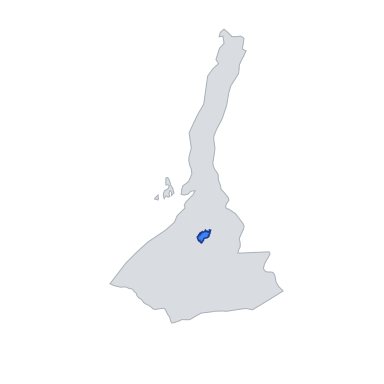 location of Logo Anseba, Gash Barka, Eritrea, rotated 244°
{"feature_id": "51966322B13118315425041", "entity_name": "Logo Anseba", "entity_type": "district", "adm_level": 2, "iso_a3": "ERI", "parent_name": "Eritrea", "parent_adm1": "Gash Barka", "projection": "orthographic", "projection_center": [38.674, 15.401], "detail": "fine", "context": "in_parent", "style": "filled", "palette": "blue", "viewbox_px": 384, "rotation_deg": 244, "n_neighbors": 0, "source": "geoboundaries", "source_scale": "gbopen_adm2", "svg_char_len": 5341}
<svg xmlns="http://www.w3.org/2000/svg" viewBox="0 0 384 384"><g transform="rotate(244 192 192)"><path d="M63.1,230.4L61.9,218.7L61.1,210.8L60.3,202.5L59.6,194.7L63.4,189.9L65.1,185.4L69.7,170.6L71.5,167.6L75.1,159.7L75.6,157.4L79.1,147.4L78.9,140.8L78.2,134.0L80.1,130.1L81.8,126.9L81.7,124.2L82.6,117.9L83.1,116.4L85.1,116.3L89.3,117.1L92.4,116.5L96.0,116.5L98.8,116.4L100.4,114.5L102.7,107.2L104.1,105.7L105.3,105.3L108.4,103.9L111.1,101.8L113.3,100.3L114.1,100.0L116.4,99.8L118.8,98.9L119.8,97.9L122.8,97.1L125.6,97.5L127.5,96.6L128.8,96.1L130.3,96.0L131.6,95.2L132.2,93.9L133.0,93.1L135.3,91.2L136.3,89.8L136.8,88.4L137.2,87.3L138.2,85.5L142.1,80.8L145.5,78.1L157.2,101.6L162.0,115.5L166.3,130.0L169.4,151.8L172.5,162.9L177.3,168.4L180.7,178.8L183.5,179.2L185.6,182.0L189.1,191.7L191.7,195.3L193.0,192.2L192.9,190.4L191.8,187.4L192.7,183.5L194.7,181.2L199.2,184.3L201.7,186.7L202.4,191.5L203.4,194.1L208.2,199.7L212.2,201.3L217.4,201.7L221.7,202.9L225.2,204.9L231.7,210.6L246.6,215.4L258.8,230.6L265.9,241.1L289.3,256.9L293.5,264.6L295.7,272.1L300.6,271.6L309.1,279.7L311.6,286.0L318.5,288.1L319.6,284.4L323.0,287.4L324.4,292.1L320.1,294.0L315.2,295.8L314.5,295.7L313.0,298.0L310.8,304.0L308.3,305.7L306.9,305.9L299.3,300.5L298.1,300.2L296.5,301.3L295.3,302.5L291.7,298.3L289.1,294.6L285.4,290.2L281.9,288.3L278.1,285.8L274.4,280.0L270.6,273.6L265.0,268.5L254.5,261.0L244.9,251.5L237.5,241.5L232.8,236.3L230.8,235.0L221.1,231.8L214.3,227.2L209.0,223.5L205.8,222.5L202.7,222.4L196.2,223.2L190.7,220.8L188.4,220.8L184.7,220.2L181.8,219.3L178.4,220.4L171.5,222.1L168.6,221.7L167.1,219.4L166.2,217.5L163.8,215.7L161.8,215.7L160.7,217.4L153.4,221.6L141.3,224.0L138.4,223.8L136.2,222.1L130.1,214.8L128.4,213.6L127.0,213.5L124.2,212.6L121.5,211.2L119.2,208.2L116.9,206.5L114.3,212.3L109.9,222.6L107.5,228.0L104.4,235.1L103.4,235.3L101.9,234.8L95.8,225.9L92.1,222.6L89.2,222.9L87.1,224.5L85.8,227.4L84.4,229.3L82.8,229.9L79.5,229.6L74.4,228.1L69.2,228.4L63.8,230.3L63.1,230.4ZM205.5,172.0L207.2,174.1L208.3,173.9L209.2,173.2L209.8,171.6L216.0,174.6L215.7,176.6L212.0,176.8L207.7,175.9L203.8,176.3L199.0,175.4L197.9,172.0L200.9,173.6L202.5,173.2L202.8,172.8L200.6,170.5L197.6,170.0L197.8,168.2L199.2,167.5L200.0,166.6L198.2,164.1L201.6,164.7L203.7,166.2L205.2,167.9L205.5,172.0ZM202.9,156.2L204.2,160.2L200.4,158.7L199.7,157.9L201.4,156.3L201.8,155.3L202.9,156.2Z" fill="#d9dde1" stroke="#a8b0b8" stroke-width="1"/><path d="M148.4,176.6L148.2,176.7L148.0,176.8L147.9,176.8L147.7,176.8L147.3,176.8L146.9,176.8L146.8,176.7L146.6,176.6L146.4,176.6L146.2,176.6L145.5,176.6L145.0,176.7L144.9,176.8L144.9,177.0L145.0,177.3L145.1,177.5L144.9,177.7L144.9,177.8L144.7,177.7L144.1,177.5L143.9,177.5L143.7,177.5L143.4,177.5L143.2,177.6L143.0,177.8L142.9,177.8L142.7,177.8L142.3,177.9L142.2,178.0L142.0,178.3L142.0,178.5L142.2,178.8L142.3,178.9L142.6,178.9L142.7,179.0L142.8,179.1L143.0,179.2L143.0,179.3L143.1,179.5L143.1,179.9L143.1,180.1L143.2,180.3L143.2,180.5L143.3,180.7L143.3,180.8L143.4,181.0L143.7,181.2L143.8,181.3L144.0,181.3L144.2,181.5L144.5,181.8L144.7,182.0L144.8,182.2L144.8,182.3L144.9,182.5L144.9,182.9L144.9,183.1L144.9,183.5L144.7,183.9L144.7,184.0L144.6,184.3L144.6,184.5L144.5,184.8L144.4,185.0L144.4,185.3L144.3,185.5L144.3,185.8L144.3,186.0L144.4,186.3L144.4,186.5L144.5,186.5L144.7,187.0L144.8,187.1L144.9,187.3L144.8,187.5L144.7,187.5L144.7,187.4L144.7,187.5L144.8,187.7L145.0,187.8L145.1,187.7L145.3,187.7L145.3,187.8L145.3,187.7L145.5,187.7L145.6,187.8L145.8,187.9L145.9,188.0L146.0,188.2L145.9,188.3L145.8,188.5L145.9,188.8L146.0,188.8L146.3,189.0L146.5,189.2L146.7,189.4L146.9,189.7L147.0,189.7L147.2,190.0L147.3,190.2L147.4,190.3L147.5,190.4L148.0,190.6L148.3,190.8L148.5,190.9L148.6,191.1L148.8,191.2L148.9,191.3L149.0,191.5L149.2,191.8L149.4,191.9L149.5,192.0L149.6,191.9L149.9,191.5L150.1,191.3L150.2,191.2L150.3,191.0L150.1,190.9L149.9,190.9L149.6,190.8L149.5,190.7L149.4,190.6L149.3,190.2L149.2,190.2L148.9,190.0L148.8,189.6L148.7,189.3L148.7,189.1L148.8,188.9L149.0,188.8L149.1,189.0L149.2,188.9L149.3,188.8L149.5,188.9L149.6,189.0L149.8,189.1L150.0,189.2L150.0,189.3L150.0,189.2L150.1,188.9L150.1,188.7L150.1,188.3L150.2,188.2L150.3,188.0L150.3,187.8L150.3,187.6L150.3,187.4L150.2,187.4L150.2,187.2L150.3,187.2L150.5,187.2L150.8,187.3L151.0,187.3L151.4,187.4L151.6,187.5L151.8,187.5L151.8,187.4L151.7,187.4L151.5,187.1L151.4,187.1L151.4,186.8L151.3,186.6L151.2,186.5L151.0,186.4L151.0,186.2L151.0,185.8L151.0,185.4L150.9,185.2L150.9,184.9L151.0,184.7L151.0,184.4L151.2,184.2L151.3,184.2L151.5,183.9L151.5,183.7L151.8,183.7L151.7,183.5L151.6,183.4L151.7,183.2L151.8,183.2L151.6,183.1L151.4,183.0L151.4,182.9L151.5,182.8L151.4,182.7L151.5,182.6L151.4,182.5L151.3,182.3L151.3,182.2L151.4,182.3L151.5,182.3L151.5,182.2L151.4,182.2L151.5,182.1L151.5,181.9L151.4,181.9L151.5,181.8L151.3,181.6L151.2,181.6L150.9,181.4L151.0,181.4L151.1,181.2L151.3,181.2L151.2,181.0L151.2,180.9L151.0,180.7L150.9,180.6L150.8,180.4L150.7,180.3L150.7,180.2L150.8,180.2L150.7,180.1L150.5,179.9L150.4,179.7L150.6,179.5L150.6,179.4L150.4,179.4L150.1,179.2L150.0,179.3L149.9,179.3L149.7,179.2L149.5,178.9L149.5,178.7L149.6,178.4L149.7,178.2L149.7,177.9L149.7,177.7L149.5,177.4L149.4,177.3L149.3,177.2L149.2,177.0L148.9,177.0L148.9,176.9L148.8,176.7L148.7,176.4L148.7,176.5L148.4,176.6Z" fill="#3b82f6" stroke="#1e3a8a" stroke-width="1.5"/></g></svg>